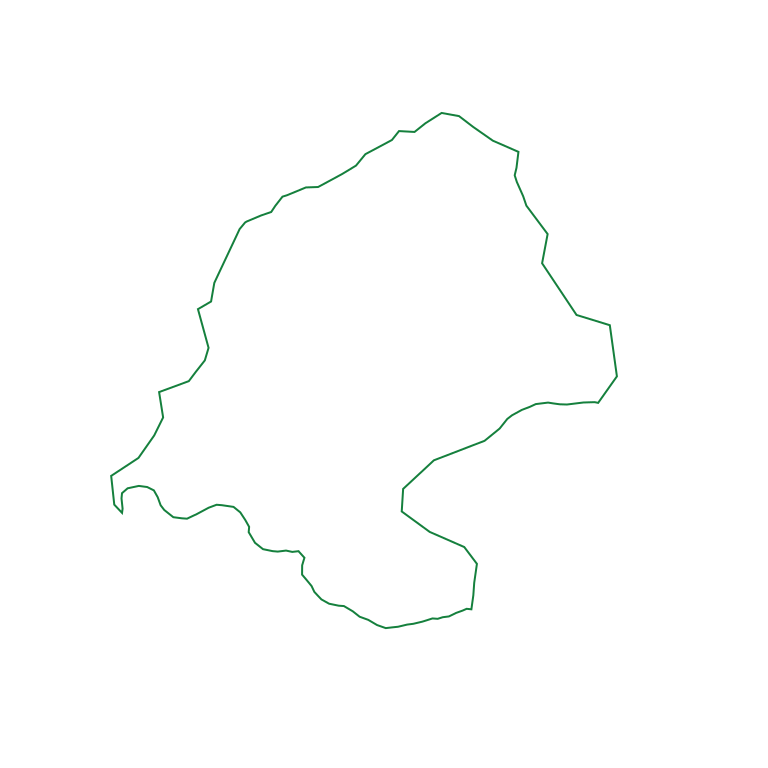 Ikwuano, Abia, Nigeria (Albers equal-area conic projection), rotated 39°
{"feature_id": "59680162B4745386112936", "entity_name": "Ikwuano", "entity_type": "district", "adm_level": 2, "iso_a3": "NGA", "parent_name": "Nigeria", "parent_adm1": "Abia", "projection": "albers", "projection_center": [7.59, 5.399], "detail": "fine", "context": "isolated", "style": "outline", "palette": "green", "viewbox_px": 768, "rotation_deg": 39, "n_neighbors": 0, "source": "geoboundaries", "source_scale": "gbopen_adm2", "svg_char_len": 1869}
<svg xmlns="http://www.w3.org/2000/svg" viewBox="0 0 768 768"><g transform="rotate(39 384 384)"><path d="M562.3,263.9L560.2,231.5L522.5,196.2L490.2,209.2L430.9,190.7L416.8,164.5L382.4,155.8L374.0,150.5L360.1,143.4L354.9,140.0L354.2,139.5L350.9,132.6L342.4,119.0L315.5,126.4L291.6,128.1L273.7,128.6L258.2,137.1L252.1,155.3L249.1,168.9L236.5,178.0L236.6,189.4L224.9,217.1L224.8,231.9L219.3,247.2L214.2,259.5L208.8,272.4L199.6,280.4L189.8,298.4L187.2,302.3L187.4,313.9L188.1,321.3L182.4,330.4L175.0,344.2L174.4,345.9L174.3,354.5L175.9,360.9L185.6,400.5L188.5,412.2L195.5,424.8L197.7,428.7L192.3,442.9L224.9,466.3L229.9,478.4L230.1,493.0L230.5,504.6L214.3,531.8L233.4,549.0L237.8,568.6L239.7,596.0L229.8,627.1L250.3,647.5L261.5,649.0L259.3,645.4L252.0,638.1L249.1,633.7L250.4,626.4L257.6,617.5L264.8,613.1L272.1,611.5L279.4,614.4L286.7,618.8L292.5,620.2L304.1,620.1L311.4,615.6L315.7,612.6L319.3,605.1L320.0,603.8L325.6,590.5L329.9,583.2L334.3,580.2L344.4,574.2L353.1,574.2L361.8,577.0L369.1,579.9L372.1,584.3L383.7,588.6L393.9,588.5L402.6,584.0L406.9,581.1L412.7,575.1L418.4,572.2L422.8,567.7L423.1,567.8L431.5,569.1L434.5,576.4L440.3,583.7L447.6,585.1L454.9,586.6L460.7,589.4L465.6,590.1L470.9,590.8L479.6,589.3L488.1,584.9L488.3,584.8L492.6,581.8L502.8,580.3L511.5,580.2L515.3,578.9L520.2,577.2L530.3,575.7L539.0,572.6L543.3,568.2L547.7,563.8L553.4,556.4L557.7,551.9L563.4,544.5L566.2,540.3L569.2,535.7L573.5,532.7L576.4,528.3L580.7,523.8L583.5,517.9L584.0,516.7L587.7,510.6L589.7,506.7L593.7,504.1L586.4,492.0L579.2,481.7L569.4,465.3L549.0,460.2L512.6,470.2L478.0,471.9L464.9,453.5L470.8,411.9L491.3,376.3L497.9,364.9L501.9,345.9L501.9,345.3L501.8,333.6L503.2,327.7L507.4,317.4L511.7,310.0L514.6,304.1L523.2,295.2L527.7,292.6L533.3,289.2L539.1,284.8L544.9,278.8L550.6,272.9L555.0,269.1L559.2,265.5L562.3,263.9Z" fill="none" stroke="#15803d" stroke-width="2"/></g></svg>